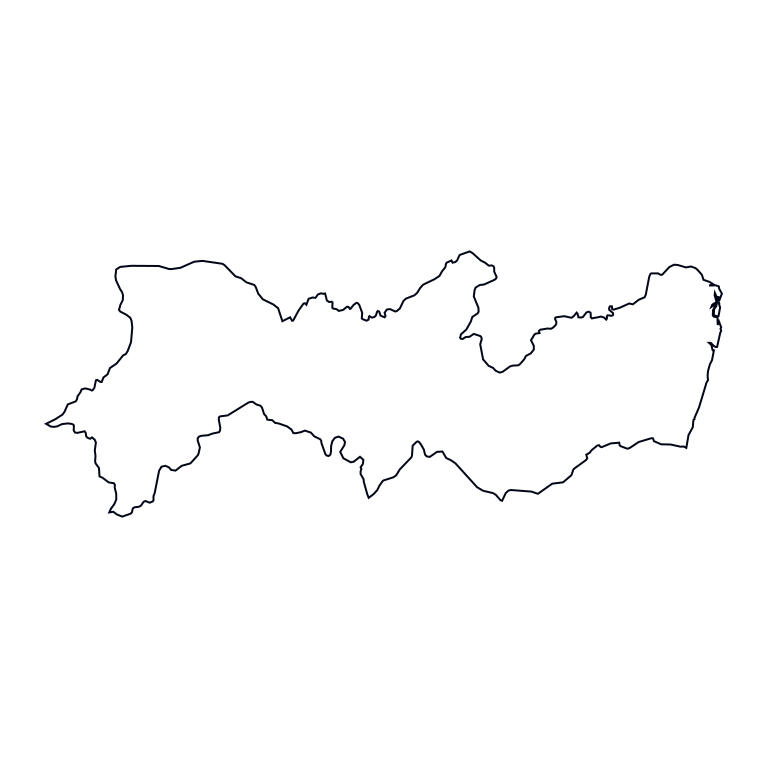 the border of Pernambuco
{"feature_id": "BRA-1313", "entity_name": "Pernambuco", "entity_type": "State", "adm_level": 1, "iso_a3": "BRA", "parent_name": "Brazil", "parent_adm1": "", "projection": "natural_earth1", "projection_center": [-37.928, -8.379], "detail": "fine", "context": "isolated", "style": "outline", "palette": "ink", "viewbox_px": 768, "rotation_deg": 0, "n_neighbors": 0, "source": "natural_earth", "source_scale": "10m", "svg_char_len": 6074}
<svg xmlns="http://www.w3.org/2000/svg" viewBox="0 0 768 768"><path d="M712.9,284.0L709.2,285.6L715.7,285.3L718.8,286.4L719.2,288.8L721.9,293.6L719.3,300.5L718.6,300.4L718.4,296.1L717.7,299.4L714.9,293.0L714.6,295.3L716.3,301.1L715.8,303.4L714.5,303.2L713.5,303.8L712.1,305.0L711.4,306.9L714.5,304.6L715.7,304.9L713.0,310.3L712.8,315.4L713.7,316.6L717.5,317.5L717.7,324.9L719.0,321.6L721.2,327.4L720.5,329.0L721.2,330.6L720.2,333.0L717.1,346.9L715.8,347.1L714.1,346.2L710.8,342.9L709.1,342.9L711.4,345.0L712.5,349.9L713.4,351.1L714.1,349.4L712.0,360.2L709.9,364.3L708.0,371.2L707.6,375.8L708.0,380.2L706.6,382.3L699.0,407.5L694.5,417.9L694.5,419.1L693.4,420.1L692.8,427.2L688.5,435.1L686.3,447.9L683.7,446.5L680.6,446.7L670.5,444.5L661.2,444.3L654.0,441.2L653.0,438.4L651.4,438.2L638.7,442.0L629.7,448.0L627.3,448.7L620.7,446.2L619.7,445.4L619.2,442.7L610.8,443.4L601.6,447.2L600.4,446.8L599.1,445.2L597.2,445.6L591.6,450.2L589.5,452.9L586.3,454.6L587.2,458.4L586.1,460.0L574.2,468.6L573.3,469.7L571.4,475.2L563.1,482.3L552.2,483.7L537.9,493.8L531.5,491.6L510.8,490.0L508.3,490.7L505.8,493.0L502.1,500.8L500.5,500.2L495.9,494.9L493.3,493.2L482.9,490.7L477.1,487.2L455.4,463.3L450.9,460.2L446.2,458.0L442.4,451.5L436.9,451.9L429.8,456.9L426.7,456.4L425.0,454.5L423.9,449.7L420.8,444.2L418.8,441.8L417.8,441.4L416.5,441.9L412.7,445.6L412.0,455.6L411.4,457.3L399.8,469.4L396.2,475.3L393.4,477.3L383.6,480.4L382.5,481.3L379.5,485.5L377.2,490.2L373.6,494.1L368.7,497.8L367.3,494.3L363.8,481.9L363.6,479.3L360.6,474.0L360.6,471.3L361.4,469.0L360.6,467.3L362.8,464.1L363.4,459.9L360.0,456.8L353.7,461.7L350.8,462.3L343.4,458.3L340.2,451.9L344.4,445.2L345.0,442.0L343.1,438.7L338.6,436.6L334.9,437.8L332.3,441.3L331.1,446.2L331.0,451.9L330.3,454.7L328.6,456.0L326.6,455.5L325.4,454.2L321.5,443.2L321.2,440.8L320.3,439.3L314.2,436.3L310.9,432.6L304.9,430.6L300.8,432.2L295.9,433.2L293.4,433.1L291.4,429.5L287.1,426.4L278.5,423.4L275.1,422.9L272.3,420.2L267.3,419.7L266.2,416.3L264.1,414.1L262.0,407.6L260.4,405.7L256.5,404.5L252.8,401.9L250.7,401.9L248.5,402.5L227.7,415.4L220.0,416.4L218.9,417.4L218.8,419.7L220.3,427.7L220.0,430.7L219.0,432.2L212.4,433.6L208.1,435.2L201.3,435.8L199.2,436.5L197.8,438.0L197.6,440.2L199.9,447.4L198.6,453.4L197.9,455.2L190.4,463.4L181.7,465.8L175.5,470.6L171.1,469.9L169.0,467.4L165.4,465.8L161.5,466.7L159.1,470.7L154.7,493.0L153.5,496.1L153.5,500.3L152.8,501.4L149.7,502.7L145.4,501.0L143.6,501.8L141.0,505.6L138.8,506.8L134.5,507.3L132.9,508.3L131.8,512.6L130.3,513.8L122.2,516.6L116.9,514.5L113.4,511.8L109.3,512.4L110.9,508.8L114.5,503.8L116.3,499.4L116.2,493.6L114.7,487.6L114.9,484.8L113.8,483.2L108.7,482.4L102.6,477.8L99.5,476.4L99.0,468.1L95.6,463.4L95.1,461.2L95.5,456.0L94.8,450.4L95.9,442.5L94.7,439.7L92.0,437.4L90.1,438.8L87.3,437.6L86.2,436.3L85.8,433.1L84.6,431.3L77.2,432.9L75.0,432.5L73.7,430.5L73.9,425.6L73.4,424.7L71.7,423.9L67.8,423.4L62.0,424.1L57.1,426.4L53.7,426.9L50.7,426.5L46.1,423.8L55.2,419.3L62.5,414.6L64.4,412.0L67.8,404.4L75.7,401.4L76.9,399.5L77.6,396.2L80.4,392.3L81.6,389.4L85.3,388.4L90.2,389.6L91.7,390.5L92.6,390.3L94.4,387.8L95.9,380.3L97.2,379.9L100.6,382.0L101.7,382.0L103.5,377.4L107.5,374.4L110.0,368.0L116.6,363.5L123.1,355.4L125.9,354.0L127.7,351.0L131.0,342.2L132.3,327.4L131.5,320.6L130.2,317.7L126.3,314.7L120.3,311.6L119.0,310.0L120.4,304.8L122.8,300.1L123.0,295.4L122.2,292.4L120.1,289.1L116.1,280.5L115.4,276.5L116.2,269.5L120.2,266.9L131.5,265.8L158.8,266.0L169.1,269.0L171.4,269.1L180.4,267.8L194.2,261.7L202.6,260.9L222.5,263.8L224.6,265.2L235.4,276.3L241.1,278.2L246.4,282.3L254.4,285.0L255.8,287.2L258.2,293.6L262.8,299.3L273.4,304.5L278.1,308.2L282.4,321.2L290.1,317.3L292.1,320.8L293.2,320.5L298.6,310.5L303.5,303.6L304.9,303.3L306.4,304.7L308.6,298.8L312.6,297.5L315.4,297.9L318.0,294.4L321.1,293.3L323.0,293.8L325.1,293.5L326.9,300.5L329.1,302.0L331.7,301.7L332.5,302.4L332.3,307.7L333.0,308.5L336.6,309.2L338.8,310.9L342.9,310.0L347.1,306.7L348.5,306.9L349.9,308.9L350.5,308.8L353.6,304.9L356.5,302.8L357.7,303.2L359.2,304.8L362.2,312.8L361.8,318.3L362.5,319.1L366.6,320.7L368.6,319.6L368.9,316.8L369.5,316.1L371.8,317.6L374.4,317.0L375.9,315.5L377.1,311.7L377.9,311.0L379.2,311.6L380.5,315.6L384.6,317.3L385.5,316.0L384.6,312.8L386.9,309.5L390.1,309.1L395.2,311.5L396.9,311.0L399.9,308.4L403.5,300.9L405.8,298.7L414.4,295.3L417.1,292.9L420.1,288.1L423.1,284.7L434.5,279.2L439.5,275.9L442.0,271.4L445.4,267.1L446.0,263.7L446.8,262.6L451.5,260.5L452.6,262.7L455.4,262.0L457.1,260.4L459.6,255.0L469.7,251.4L472.8,253.3L480.6,260.4L485.1,262.7L488.7,265.6L492.1,265.5L493.6,266.3L494.2,267.9L494.2,271.6L496.6,276.9L496.1,278.5L494.5,279.8L484.1,284.5L479.8,285.0L475.6,287.6L474.6,290.1L473.8,296.5L478.4,307.7L478.6,311.8L477.6,313.4L472.3,317.0L470.8,321.6L466.3,329.6L461.0,334.3L460.1,337.7L461.0,338.8L462.9,338.9L465.7,337.0L469.5,336.8L473.8,333.9L480.4,336.1L481.4,337.4L481.7,339.2L480.2,344.3L483.1,359.4L488.6,365.8L493.1,367.9L495.6,370.7L499.7,372.6L502.6,371.8L510.1,366.4L512.9,365.6L518.3,365.3L519.8,364.3L524.1,359.5L525.9,356.0L530.9,353.3L533.8,349.6L533.8,345.8L531.0,340.2L534.4,334.6L535.8,333.6L539.5,333.1L538.9,330.9L540.3,329.7L547.6,328.5L550.8,328.8L552.8,327.8L555.5,325.3L556.3,323.7L556.3,321.7L555.1,319.1L555.2,317.9L556.0,317.3L564.3,316.2L571.5,317.8L573.8,316.1L576.6,312.6L577.5,313.6L578.4,317.3L581.6,317.5L583.1,316.8L586.3,312.6L587.9,311.8L589.2,311.8L590.6,312.9L590.8,317.2L591.9,318.4L601.1,316.6L603.9,317.5L606.2,319.6L606.9,318.6L606.9,316.2L607.6,315.3L611.8,315.8L612.9,315.2L613.2,314.2L612.9,313.0L609.2,309.8L609.1,307.9L610.0,306.3L611.9,306.4L612.2,309.2L613.7,309.6L619.6,307.8L629.2,303.5L632.9,304.3L638.8,299.7L644.6,297.3L645.8,294.6L649.2,276.9L650.3,274.1L651.2,273.4L658.1,273.4L660.8,274.9L662.3,274.6L669.4,267.0L674.1,264.7L677.8,265.0L685.9,267.4L690.9,266.5L695.3,268.0L697.6,269.9L701.9,274.8L703.5,279.8L709.7,282.0L712.9,284.0ZM717.0,302.5L718.7,302.5L719.3,303.3L719.1,304.2L720.1,307.5L718.5,316.1L717.8,316.4L713.8,315.3L714.1,309.2L716.3,306.1L717.0,302.5Z" fill="none" stroke="#020617" stroke-width="2"/></svg>